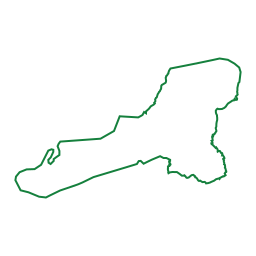 outline of Kota Solok, Sumatera Barat, Indonesia
{"feature_id": "22746128B30699524960223", "entity_name": "Kota Solok", "entity_type": "district", "adm_level": 2, "iso_a3": "IDN", "parent_name": "Indonesia", "parent_adm1": "Sumatera Barat", "projection": "robinson", "projection_center": [100.652, -0.779], "detail": "fine", "context": "isolated", "style": "outline", "palette": "green", "viewbox_px": 256, "rotation_deg": 0, "n_neighbors": 0, "source": "geoboundaries", "source_scale": "gbopen_adm2", "svg_char_len": 4118}
<svg xmlns="http://www.w3.org/2000/svg" viewBox="0 0 256 256"><path d="M20.6,190.3L28.5,192.3L39.1,196.7L44.5,197.3L45.9,197.5L49.8,195.5L60.1,190.5L76.8,184.8L78.4,184.2L82.4,182.5L93.5,177.1L123.4,168.1L125.1,167.6L136.9,164.0L138.7,161.1L140.7,160.9L143.6,163.7L147.2,161.9L152.0,159.6L160.1,156.2L163.5,158.0L166.4,158.0L169.2,159.4L170.1,159.8L170.1,160.5L170.1,161.0L169.8,161.3L169.3,161.2L169.2,161.2L169.1,161.3L169.2,162.3L169.7,162.8L170.3,163.8L170.5,164.5L170.3,164.9L170.0,165.1L169.6,164.7L169.5,164.3L169.3,164.3L169.2,164.7L169.5,165.7L169.4,166.0L169.2,166.0L168.2,166.2L167.9,166.9L168.1,168.1L167.8,169.0L168.0,169.8L168.0,170.3L168.2,170.7L168.4,171.6L168.2,172.4L168.5,173.2L169.9,172.4L172.3,172.0L177.0,172.1L179.6,173.9L181.9,175.7L183.2,175.7L184.4,175.3L184.7,175.9L185.3,176.1L186.1,177.3L186.5,177.7L187.1,177.9L188.7,177.5L191.0,175.6L191.3,175.4L192.1,175.0L193.5,174.9L194.2,175.7L195.1,177.0L195.3,176.8L195.5,177.3L196.3,177.7L196.6,178.0L197.2,178.7L197.7,179.7L198.3,180.5L199.1,181.0L200.1,180.6L202.4,182.1L204.7,181.9L205.5,182.5L206.1,183.4L206.5,183.3L207.5,183.2L208.1,183.1L210.1,182.5L211.0,182.0L214.1,180.7L216.1,179.2L218.9,178.4L219.5,179.0L219.7,178.7L219.9,177.9L221.0,177.4L221.4,177.2L221.8,176.9L222.4,176.7L222.9,176.6L223.2,176.2L223.7,176.3L224.0,176.3L225.6,175.2L224.7,173.5L225.3,172.5L225.5,172.2L226.2,172.0L226.3,171.7L226.2,171.0L225.8,170.4L225.7,169.4L225.3,168.2L224.9,167.8L224.9,167.4L225.1,167.2L225.1,166.1L225.0,165.8L224.9,164.9L224.8,164.7L224.1,164.3L224.3,163.7L224.2,163.0L224.2,162.5L223.9,162.1L223.8,161.2L224.0,160.5L223.2,159.3L223.2,158.8L223.5,158.7L224.2,158.7L224.4,158.5L224.4,158.4L224.3,158.2L224.3,157.6L224.1,157.2L223.1,155.6L222.9,155.2L222.6,155.1L222.2,155.2L222.3,154.8L222.1,154.3L222.3,153.6L222.2,153.3L222.1,153.1L221.5,153.0L221.0,152.8L220.9,152.8L220.6,152.3L220.4,151.7L219.8,151.0L219.4,151.0L218.9,150.9L217.7,151.6L217.6,151.2L218.0,150.7L217.6,149.8L217.5,149.4L217.3,149.0L217.2,148.6L216.9,148.4L216.6,148.3L216.4,147.7L216.2,147.4L215.6,147.9L215.2,147.4L212.4,144.6L212.2,143.8L211.6,144.0L211.4,143.4L212.5,143.2L212.5,142.6L212.1,141.7L212.1,141.2L211.8,140.9L212.5,140.7L212.7,140.4L212.6,139.5L212.4,139.1L212.5,138.4L212.1,137.1L212.2,136.4L212.7,136.4L212.9,136.8L213.1,136.6L213.1,135.7L212.9,135.2L212.8,134.7L213.6,134.3L214.2,134.4L214.8,133.7L214.9,133.2L215.4,132.8L215.8,131.9L216.3,131.4L216.4,130.8L215.7,128.0L216.3,126.7L216.4,123.7L216.7,121.8L217.2,120.0L217.2,117.8L217.0,116.3L217.0,115.3L216.2,113.7L215.9,112.6L215.8,110.7L216.7,109.3L217.5,108.7L218.7,109.1L219.5,109.1L222.0,109.0L223.0,108.5L224.3,107.9L226.0,106.4L226.4,105.6L228.0,103.5L231.1,101.5L232.2,100.7L233.1,100.4L233.5,100.4L233.9,100.4L234.6,98.9L234.7,99.0L234.9,99.1L235.0,99.7L235.3,99.9L236.7,99.8L237.0,99.6L237.0,99.2L237.1,98.8L237.1,98.5L236.8,98.2L236.5,97.6L236.2,97.3L235.9,96.9L235.8,96.5L236.3,95.9L237.0,95.4L237.5,94.8L237.6,94.6L237.4,94.4L237.4,92.7L237.1,91.9L237.4,90.4L237.4,87.9L237.9,85.5L238.0,85.0L238.1,84.7L238.4,83.1L239.4,82.0L240.1,76.2L240.6,72.0L240.5,71.7L240.1,70.5L239.2,67.5L237.5,66.1L234.5,63.6L227.9,59.8L219.6,58.5L212.3,60.1L209.9,60.6L203.7,61.9L197.9,63.1L196.1,63.5L195.9,63.5L184.9,65.7L170.5,68.5L170.4,68.6L169.5,70.0L169.2,70.5L168.9,71.1L168.8,71.6L168.4,72.6L168.4,73.5L168.2,73.8L167.6,74.2L167.1,75.4L166.1,76.2L166.1,76.9L165.7,77.8L166.1,80.7L165.9,82.0L165.5,82.8L161.8,85.0L161.3,85.8L161.1,88.7L160.9,89.2L160.6,89.5L160.3,90.2L159.8,91.3L159.1,91.8L158.6,92.9L157.7,94.2L156.8,97.2L156.7,97.4L155.9,97.9L155.7,98.6L155.2,99.2L155.1,99.7L155.4,100.9L155.3,101.4L154.2,102.8L154.8,103.5L153.6,104.7L150.8,106.3L149.0,108.7L147.9,109.7L146.0,111.4L146.0,113.2L144.1,112.0L142.5,115.0L140.8,116.0L138.2,117.4L119.7,116.3L114.0,131.0L100.5,138.7L60.3,141.6L58.7,143.7L57.6,146.2L59.4,150.9L59.4,155.0L56.5,157.0L53.7,159.1L53.7,160.9L50.6,164.0L48.6,162.7L48.3,159.9L50.8,157.3L53.3,151.9L53.3,149.8L51.5,149.3L48.3,150.6L41.1,164.8L36.1,168.1L34.6,169.1L26.6,169.4L19.6,172.2L16.0,176.6L15.4,180.2L20.6,190.3Z" fill="none" stroke="#15803d" stroke-width="2"/></svg>